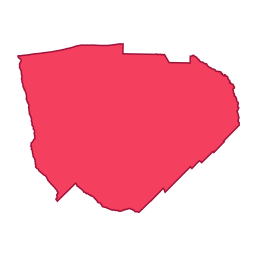 Coronel Dorrego, Buenos Aires, Argentina, rotated 181°
{"feature_id": "61730980B45625196067006", "entity_name": "Coronel Dorrego", "entity_type": "district", "adm_level": 2, "iso_a3": "ARG", "parent_name": "Argentina", "parent_adm1": "Buenos Aires", "projection": "equal_earth", "projection_center": [-60.836, -38.64], "detail": "fine", "context": "isolated", "style": "filled", "palette": "rose", "viewbox_px": 256, "rotation_deg": 181, "n_neighbors": 0, "source": "geoboundaries", "source_scale": "gbopen_adm2", "svg_char_len": 5767}
<svg xmlns="http://www.w3.org/2000/svg" viewBox="0 0 256 256"><g transform="rotate(181 128 128)"><path d="M197.4,53.6L179.4,71.9L179.0,71.5L179.0,71.3L178.5,70.8L178.2,70.0L177.8,69.5L177.8,69.1L177.7,68.8L176.3,68.6L175.9,67.7L175.3,67.2L174.8,67.1L173.4,65.9L173.0,65.8L172.4,64.9L171.7,64.5L171.2,63.2L170.0,63.0L169.6,62.6L169.1,62.5L168.9,62.0L168.3,61.5L167.2,61.9L166.1,60.9L165.6,60.4L164.8,60.4L164.1,59.7L163.6,60.0L163.0,59.2L161.9,58.9L161.0,58.3L160.4,57.3L160.1,57.3L159.4,56.2L159.0,56.0L157.4,54.3L157.3,53.6L156.5,52.9L154.7,52.5L154.1,52.1L153.6,51.1L153.0,51.0L152.9,50.9L152.9,50.2L152.3,49.1L151.6,48.7L149.8,48.4L149.6,48.5L148.6,48.3L148.3,47.9L147.6,47.7L146.1,47.0L145.4,47.0L144.9,46.6L144.0,46.3L142.6,45.7L141.9,45.6L141.4,45.8L140.8,45.9L139.6,45.5L138.2,45.3L136.6,45.5L136.0,44.7L134.2,44.7L132.9,45.0L131.9,45.3L130.8,46.3L130.0,46.0L129.7,46.0L129.4,46.1L129.2,46.5L127.8,46.9L126.8,46.9L126.1,47.4L125.3,47.6L124.8,47.4L124.3,47.4L124.1,47.1L123.1,46.9L122.4,46.7L122.1,46.2L121.1,46.2L119.4,44.4L118.6,44.6L117.0,44.3L116.2,44.0L115.4,44.1L105.2,54.4L104.1,55.2L91.7,68.4L90.4,66.3L90.1,64.9L89.8,64.4L64.9,90.4L64.8,90.2L64.2,89.3L63.4,88.6L58.5,94.0L55.9,96.6L53.8,94.6L42.6,106.0L41.7,105.0L31.5,116.0L32.2,116.6L16.8,132.8L17.1,133.7L17.0,134.4L17.0,134.6L16.8,135.0L17.1,135.6L18.1,136.5L18.0,137.2L17.9,137.2L17.7,137.6L17.9,138.0L17.9,138.5L17.6,138.9L17.4,139.9L17.3,140.0L17.3,140.5L17.8,141.0L17.6,141.6L17.6,141.9L18.1,143.1L18.3,144.3L18.7,145.2L19.2,145.7L19.4,146.1L19.4,146.3L19.2,146.4L19.3,146.6L19.0,146.7L18.8,147.4L18.5,147.6L18.4,148.4L17.6,149.9L17.6,150.2L17.8,150.3L18.0,150.7L18.1,150.8L18.3,150.7L18.5,150.9L18.8,151.9L18.7,152.5L18.2,153.6L18.2,154.9L18.3,155.5L18.7,155.7L19.2,156.1L19.7,157.1L19.8,157.4L20.0,157.6L20.1,158.1L20.0,158.6L20.1,158.9L20.0,159.3L20.4,159.6L20.3,159.8L20.9,161.1L21.1,161.4L22.0,161.6L22.5,162.3L22.5,162.5L22.1,163.0L22.5,164.4L23.0,164.7L23.1,164.9L23.2,166.2L23.6,168.1L23.7,168.3L23.7,168.6L23.3,169.3L22.4,169.7L22.3,170.3L22.4,171.0L22.8,171.4L23.0,171.4L23.2,171.6L23.4,172.0L23.3,172.7L23.9,173.4L24.3,173.5L24.8,173.9L25.8,173.9L26.0,174.1L26.0,174.5L26.2,175.0L26.5,175.3L27.1,175.0L27.3,175.1L27.3,175.6L27.0,176.8L27.1,177.0L27.6,177.6L28.3,178.1L28.8,178.8L28.8,179.4L29.1,179.7L29.2,180.2L29.1,180.3L29.2,180.7L29.5,181.0L30.2,181.6L31.2,181.5L31.5,181.7L31.5,182.7L32.4,183.0L32.5,182.4L32.8,182.0L33.2,181.9L34.2,182.6L34.4,183.2L34.7,183.3L34.6,184.0L35.1,183.9L35.4,184.0L35.5,184.3L36.0,184.5L36.0,184.8L35.8,185.3L36.0,185.6L37.0,185.9L38.2,186.0L38.5,186.2L38.8,186.0L39.5,186.3L40.5,186.1L40.6,186.3L41.0,186.4L41.2,186.7L41.6,186.8L41.6,187.1L41.7,187.3L41.8,187.5L42.5,188.1L43.1,188.3L43.6,188.3L44.4,188.1L45.2,189.0L46.0,189.2L46.5,189.8L47.5,190.0L48.9,191.0L49.0,191.2L49.6,191.7L50.4,193.3L50.6,193.4L51.0,193.6L51.8,193.4L52.0,193.7L52.6,194.0L53.0,193.9L54.2,195.0L54.9,195.3L55.8,195.1L56.1,195.2L57.6,196.3L57.9,197.1L59.7,198.7L60.5,199.7L61.8,200.6L62.2,200.6L62.7,200.8L63.3,201.6L63.6,201.8L64.8,201.7L65.3,201.0L66.0,200.9L66.2,200.7L66.7,201.0L67.0,200.9L67.0,194.1L88.0,194.1L92.8,202.0L93.3,201.7L93.7,202.0L94.6,201.9L95.1,202.1L95.8,201.7L96.2,202.1L97.0,202.3L97.7,202.1L98.8,202.2L99.6,201.8L100.0,202.2L101.1,202.5L101.7,202.1L134.4,202.1L134.4,212.0L136.3,211.8L137.6,211.9L137.6,212.0L141.2,211.4L141.3,211.2L142.5,211.2L146.9,210.5L149.5,210.2L156.4,210.0L164.8,210.3L169.0,210.1L170.6,210.2L172.8,210.0L175.4,210.1L177.1,209.9L180.8,209.1L182.3,208.7L184.2,207.9L188.6,206.6L190.7,206.3L192.0,205.8L198.3,204.3L206.4,202.7L211.8,202.0L217.3,201.1L223.6,200.4L230.7,199.1L233.5,198.9L237.0,198.3L239.2,198.2L239.2,197.4L238.8,196.5L236.5,194.7L236.1,194.0L236.0,193.3L236.0,193.1L237.0,191.4L237.6,189.8L237.4,188.6L237.5,187.0L237.5,186.5L237.0,185.8L236.7,185.0L236.0,183.6L235.9,183.1L235.6,182.3L235.6,181.6L235.7,180.8L235.4,180.1L235.2,178.5L234.9,177.9L234.7,177.3L234.9,176.7L235.4,175.7L235.1,174.6L234.9,174.4L234.8,172.1L233.9,170.3L233.7,169.0L233.7,167.4L233.1,166.7L233.0,166.1L232.3,165.4L232.5,164.6L232.4,164.4L231.7,163.7L231.4,163.2L231.2,162.3L230.5,160.7L230.5,160.1L230.1,159.5L230.1,157.5L229.9,156.6L230.3,155.5L230.2,155.1L229.6,153.7L228.9,152.6L229.1,152.2L229.1,151.9L228.4,151.3L228.0,150.1L227.3,148.8L227.4,148.1L227.8,147.5L227.8,147.0L227.4,145.8L227.5,145.5L227.2,144.1L227.3,143.6L226.9,142.3L226.8,141.7L227.0,140.8L226.9,140.4L226.1,139.3L225.9,138.4L225.4,137.7L225.0,137.3L225.1,136.4L224.7,135.7L224.6,134.9L224.7,133.1L224.3,132.5L224.2,131.7L223.8,130.9L224.1,129.8L223.9,129.7L223.9,129.1L223.7,128.5L222.7,127.8L222.5,127.0L222.7,126.4L222.7,125.3L221.8,124.8L221.8,124.3L221.4,123.7L221.3,123.2L221.4,122.3L221.7,121.8L221.8,121.4L221.4,119.6L221.3,119.2L221.1,119.1L221.3,118.3L220.9,117.1L221.0,115.4L221.7,115.2L223.1,112.6L224.6,111.2L224.5,110.4L224.6,110.0L224.6,109.3L224.6,108.9L224.5,108.6L224.9,108.1L224.4,107.9L223.9,106.9L224.0,106.3L224.4,105.5L224.4,105.2L224.1,104.8L223.4,104.2L223.3,103.9L223.2,103.0L223.2,102.4L222.9,101.0L222.9,100.5L222.3,99.3L222.5,98.3L222.4,98.0L222.1,97.5L222.0,97.2L221.0,96.1L220.8,95.5L220.8,95.0L220.4,94.6L220.4,94.4L220.4,93.3L220.1,92.7L220.2,92.2L220.0,91.2L220.1,90.2L219.4,89.4L219.4,89.1L219.4,88.4L219.8,87.8L219.8,87.6L218.7,86.3L218.2,85.9L217.1,85.4L216.4,83.9L215.9,83.4L214.0,81.8L213.2,81.1L212.0,80.2L211.5,79.7L210.2,79.1L209.0,78.1L207.9,76.1L207.4,74.7L206.4,73.6L205.5,72.4L204.7,71.7L204.5,71.4L204.3,71.0L202.6,69.6L202.0,68.7L200.6,67.7L200.1,66.8L198.8,65.3L197.9,64.4L197.7,64.1L197.8,63.5L197.6,63.2L197.1,62.6L196.7,61.9L196.8,61.6L197.5,61.0L198.1,59.8L198.1,59.5L197.5,57.7L197.9,56.9L198.7,56.0L198.8,55.7L198.6,55.1L198.2,54.8L197.4,53.6Z" fill="#f43f5e" stroke="#9f1239" stroke-width="1.5"/></g></svg>